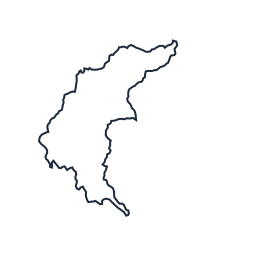 the district of São Domingos do Norte, Espírito Santo, Brazil, rotated 328°
{"feature_id": "56859067B53855567891195", "entity_name": "São Domingos do Norte", "entity_type": "district", "adm_level": 2, "iso_a3": "BRA", "parent_name": "Brazil", "parent_adm1": "Espírito Santo", "projection": "robinson", "projection_center": [-40.559, -19.162], "detail": "fine", "context": "isolated", "style": "outline", "palette": "slate", "viewbox_px": 256, "rotation_deg": 328, "n_neighbors": 0, "source": "geoboundaries", "source_scale": "gbopen_adm2", "svg_char_len": 3174}
<svg xmlns="http://www.w3.org/2000/svg" viewBox="0 0 256 256"><g transform="rotate(328 128 128)"><path d="M41.3,119.8L42.4,121.2L43.8,119.6L45.0,117.0L47.4,116.3L47.7,119.1L48.2,122.9L48.3,125.2L50.0,126.6L52.0,126.2L54.0,127.1L54.0,129.2L54.1,131.3L56.9,131.2L59.9,131.9L59.6,134.8L60.4,137.5L59.6,139.8L57.8,141.2L56.4,143.5L56.7,145.5L55.6,147.3L54.2,148.3L53.0,149.6L52.5,152.2L53.9,154.2L56.1,153.4L58.6,153.7L58.4,157.2L58.5,160.0L56.5,162.8L55.7,165.2L55.2,167.1L55.1,169.9L57.5,170.9L60.1,172.2L61.7,172.5L62.6,174.7L64.0,177.9L65.8,178.7L67.3,176.2L69.0,175.6L71.8,176.2L74.4,178.8L75.0,182.0L75.6,184.3L76.0,186.2L76.7,188.4L77.5,191.2L78.4,193.0L79.2,195.3L80.1,196.9L80.0,199.1L80.1,201.4L81.9,201.8L83.3,201.2L84.6,198.2L83.4,197.1L83.2,195.0L83.4,193.0L83.9,191.4L82.8,188.8L80.7,187.8L80.2,185.3L80.0,182.4L79.7,179.7L80.5,177.8L82.0,175.4L83.0,172.9L83.2,170.8L82.4,168.6L81.3,166.9L80.9,164.5L81.8,162.3L81.8,160.4L80.2,159.0L80.8,157.3L82.8,156.0L83.7,154.2L84.9,153.0L86.4,152.4L87.7,151.2L89.8,149.6L88.0,147.8L87.2,145.5L90.2,144.5L92.2,142.5L94.6,141.5L96.6,139.2L99.0,139.6L101.3,137.9L101.1,135.3L103.8,133.2L105.1,130.8L106.7,129.5L105.7,127.0L105.2,124.3L105.3,122.4L106.3,120.9L107.5,119.0L109.1,117.9L111.2,116.9L112.4,114.5L114.3,114.9L115.9,114.7L117.6,113.1L120.6,114.7L122.9,115.1L125.6,115.8L128.1,117.3L129.7,118.8L131.8,118.9L133.1,119.9L134.9,121.1L137.4,121.9L138.3,123.7L139.1,125.5L140.1,123.4L141.5,120.9L142.3,118.2L142.7,116.5L141.8,112.9L142.5,110.5L142.5,108.2L141.9,105.9L142.6,102.9L145.0,101.6L145.9,99.7L147.4,97.5L149.7,95.8L151.9,95.6L153.9,95.5L156.2,95.9L158.0,95.3L160.7,94.9L162.6,95.3L164.1,96.0L165.8,95.2L167.3,93.9L169.2,93.9L170.9,91.6L173.1,89.4L175.3,90.2L177.6,91.8L179.6,92.7L181.2,93.0L182.8,94.0L185.1,93.8L186.8,93.5L188.4,93.7L190.1,94.1L192.2,94.4L194.5,93.9L196.6,93.9L198.4,92.5L199.7,91.6L201.2,90.3L202.7,89.4L204.3,90.0L206.0,90.7L207.8,89.9L208.6,87.5L209.5,85.4L211.2,84.9L213.0,84.3L214.1,82.5L214.7,80.2L212.4,77.7L211.0,79.5L208.9,80.0L206.5,79.3L204.4,79.1L201.8,79.5L201.6,77.3L199.8,76.0L198.1,75.0L196.4,75.0L194.1,74.8L191.9,75.0L189.9,74.0L187.5,74.9L185.6,74.1L183.6,72.8L181.9,70.0L180.1,67.5L178.7,65.6L177.4,64.1L176.2,61.7L174.7,59.3L173.1,59.0L171.5,59.0L169.7,59.8L168.2,57.2L166.5,56.2L164.8,55.8L163.2,54.8L161.4,56.2L158.8,56.9L156.0,57.3L154.2,58.2L152.6,56.9L150.3,57.1L149.1,58.8L147.4,61.0L144.6,61.0L142.2,61.4L140.4,63.3L137.7,63.7L135.6,63.1L133.3,62.4L130.4,60.8L127.8,58.8L127.2,56.8L125.3,57.4L124.0,55.6L122.5,54.3L121.4,56.2L119.5,57.3L117.9,56.4L118.4,54.2L116.7,54.2L114.8,55.7L112.5,55.8L111.5,57.2L110.6,59.1L109.4,61.0L107.8,62.8L105.7,65.4L103.7,67.5L102.0,69.2L100.5,67.8L98.3,67.2L96.6,67.0L94.9,67.0L93.1,66.4L91.4,66.6L90.1,68.3L88.0,69.7L86.9,72.3L84.8,74.1L82.6,76.5L81.3,77.6L78.4,77.2L76.5,78.5L74.3,78.5L72.4,79.6L70.2,80.1L68.1,79.7L66.0,80.5L64.2,82.1L62.5,82.5L61.0,83.3L59.8,85.0L59.1,87.0L58.3,89.1L56.1,88.4L53.1,88.1L50.9,88.0L48.8,88.8L47.5,89.9L45.5,92.1L45.9,95.5L47.1,99.0L47.7,101.8L47.6,104.0L46.4,106.1L44.3,107.5L42.5,109.1L42.2,111.0L42.8,112.9L42.7,115.1L42.6,117.5L41.3,119.8Z" fill="none" stroke="#1e293b" stroke-width="2"/></g></svg>